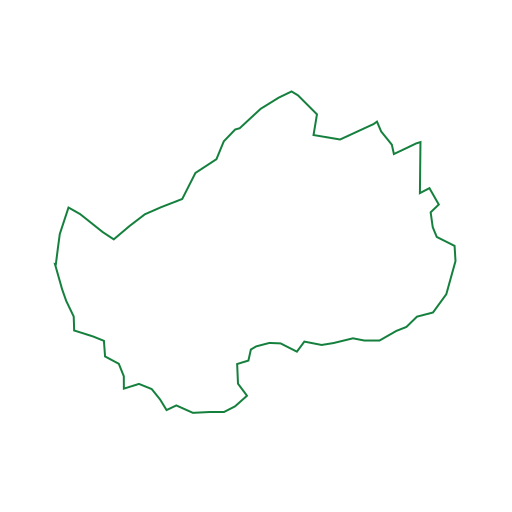 Thrinia, Paphos, Cyprus (Equal Earth projection), rotated 11°
{"feature_id": "46923920B18450793739179", "entity_name": "Thrinia", "entity_type": "district", "adm_level": 2, "iso_a3": "CYP", "parent_name": "Cyprus", "parent_adm1": "Paphos", "projection": "equal_earth", "projection_center": [32.52, 34.911], "detail": "fine", "context": "isolated", "style": "outline", "palette": "green", "viewbox_px": 512, "rotation_deg": 11, "n_neighbors": 0, "source": "geoboundaries", "source_scale": "gbopen_adm2", "svg_char_len": 1145}
<svg xmlns="http://www.w3.org/2000/svg" viewBox="0 0 512 512"><g transform="rotate(11 256 256)"><path d="M60.2,302.3L63.0,307.8L72.0,325.6L78.2,336.2L88.6,350.2L90.0,356.2L91.7,363.8L111.5,366.1L122.9,368.3L127.0,383.4L141.9,388.0L149.2,399.3L151.6,411.4L165.5,403.9L179.0,406.5L189.3,415.2L197.6,424.3L206.3,417.9L224.0,422.0L240.6,417.9L254.4,415.2L264.1,407.6L273.8,394.9L273.4,394.5L262.7,384.8L258.1,365.6L268.5,360.1L268.8,348.8L273.4,344.7L285.7,338.8L296.8,337.1L314.4,342.1L319.8,330.8L337.4,330.8L348.6,326.7L366.9,318.3L378.4,318.3L393.4,315.4L408.0,302.8L417.2,296.9L425.6,284.8L440.5,277.7L450.1,257.2L452.8,222.9L449.0,208.2L429.8,202.8L424.0,194.0L419.1,179.8L425.6,170.6L413.3,156.3L404.9,163.0L400.3,137.9L395.7,112.8L391.8,114.9L371.9,129.6L368.1,120.8L355.1,109.9L349.1,101.0L346.3,104.0L316.3,125.6L289.4,126.3L288.8,105.3L266.6,90.3L259.5,87.7L248.1,96.2L232.5,110.6L215.6,133.7L211.4,135.8L202.5,149.6L198.7,168.5L180.7,186.0L172.7,214.1L153.5,226.2L138.9,236.3L126.3,250.5L113.2,266.8L101.0,261.8L75.3,248.4L62.7,244.2L59.2,271.8L60.0,285.6L61.1,302.4L60.2,302.3Z" fill="none" stroke="#15803d" stroke-width="2"/></g></svg>